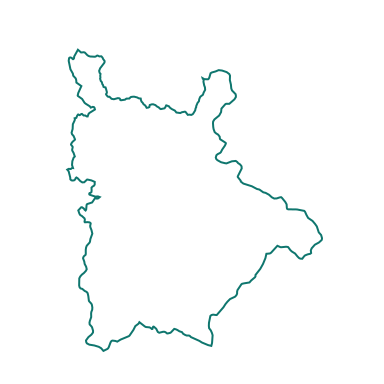 outline of Quang Binh, Hà Giang, Vietnam, rotated 173°
{"feature_id": "81297802B33189914091729", "entity_name": "Quang Binh", "entity_type": "district", "adm_level": 2, "iso_a3": "VNM", "parent_name": "Vietnam", "parent_adm1": "Hà Giang", "projection": "robinson", "projection_center": [104.681, 22.384], "detail": "fine", "context": "isolated", "style": "outline", "palette": "teal", "viewbox_px": 384, "rotation_deg": 173, "n_neighbors": 0, "source": "geoboundaries", "source_scale": "gbopen_adm2", "svg_char_len": 6031}
<svg xmlns="http://www.w3.org/2000/svg" viewBox="0 0 384 384"><g transform="rotate(173 192 192)"><path d="M314.8,54.6L312.5,53.0L307.7,51.6L303.4,49.7L301.2,48.0L299.3,45.1L295.2,46.5L294.4,47.0L293.6,48.0L291.1,52.8L290.0,54.0L289.0,54.2L286.2,53.5L284.4,52.6L280.9,54.2L272.3,56.6L271.5,57.1L267.0,62.2L264.6,65.8L261.0,67.9L260.1,69.2L255.1,64.2L254.2,63.6L250.6,62.8L249.4,61.9L248.6,60.9L248.0,60.9L247.0,63.0L246.7,63.1L246.2,62.9L244.2,60.6L243.0,57.3L241.7,56.3L237.7,56.8L236.3,56.6L235.3,56.0L233.9,54.6L232.8,54.6L230.6,54.9L229.9,55.3L226.3,58.3L224.8,57.7L223.3,56.8L221.5,55.3L219.0,54.1L218.1,52.4L216.3,51.0L214.8,50.2L212.5,49.9L211.8,49.5L210.7,48.1L202.8,43.3L200.5,41.4L194.7,38.1L191.6,36.9L190.5,39.7L189.0,47.3L189.4,49.7L190.2,52.3L191.6,54.7L191.6,57.0L191.1,60.1L188.9,66.7L187.7,67.5L186.0,67.7L182.9,66.9L182.4,66.9L174.8,73.8L172.4,76.7L170.2,78.8L167.3,81.1L162.1,82.8L161.1,83.6L160.1,84.7L159.6,85.8L159.4,87.5L158.8,89.1L154.3,94.3L153.5,94.8L151.3,95.0L146.0,95.2L144.0,97.0L139.9,99.7L139.3,100.5L139.1,101.9L133.6,107.4L130.3,111.9L127.2,117.4L125.7,121.6L122.2,121.5L120.9,122.1L113.8,128.2L111.0,126.5L110.0,126.3L105.4,126.2L104.4,126.0L103.3,125.6L101.5,122.4L100.2,120.8L97.2,118.4L95.2,115.2L93.8,113.4L92.7,112.7L90.7,112.3L88.7,114.4L87.5,115.3L84.8,116.0L82.1,116.3L81.2,116.9L81.2,119.5L80.1,121.5L76.5,124.7L72.2,126.4L69.2,128.5L68.7,129.6L68.6,130.5L69.1,133.6L71.1,136.5L72.3,142.6L73.8,145.4L75.9,148.6L79.9,152.1L81.2,155.3L82.2,158.6L82.9,159.6L90.0,161.9L98.7,163.1L99.7,163.8L99.8,164.9L99.6,168.2L100.6,170.7L103.5,175.3L104.2,176.0L105.8,175.9L108.7,175.3L111.2,175.5L113.4,177.0L115.9,179.9L119.1,182.2L121.3,183.0L124.8,186.2L127.2,187.1L131.9,190.4L140.0,194.1L142.3,196.4L142.3,197.3L144.7,201.2L144.7,201.9L139.8,209.3L139.7,211.4L140.0,212.1L141.1,213.7L142.7,215.0L143.4,216.2L144.8,217.5L148.7,217.6L154.3,216.2L155.8,216.6L159.5,218.0L162.9,220.5L163.9,221.8L164.2,223.3L163.3,225.5L162.0,226.4L159.3,227.4L158.5,228.0L156.9,230.4L153.7,234.0L152.5,235.9L152.5,236.5L153.4,237.4L157.6,240.9L157.8,241.8L157.8,243.6L159.1,245.8L160.9,247.2L162.2,248.7L162.9,251.8L163.0,253.9L162.8,257.7L162.4,259.4L160.9,261.3L155.7,264.6L153.4,267.8L152.6,271.2L148.2,275.1L147.3,275.4L144.2,275.0L138.6,278.8L136.9,280.9L136.7,282.3L136.8,283.8L139.9,287.9L140.4,290.0L140.3,294.0L140.8,298.5L140.1,302.8L140.6,304.5L143.0,306.8L147.4,308.9L150.7,309.7L153.9,308.8L157.8,308.2L159.1,307.6L160.9,303.4L161.7,302.3L162.4,301.9L166.0,302.5L167.6,303.7L167.5,303.1L166.7,302.1L167.2,300.0L166.9,296.3L166.4,294.3L166.5,291.8L168.3,289.3L169.3,287.2L171.7,285.8L172.4,285.2L173.5,283.2L174.1,281.2L175.6,279.8L176.8,277.7L177.4,276.6L177.5,275.7L178.3,274.5L178.9,272.6L181.3,269.6L181.9,269.1L183.3,268.6L185.2,269.1L186.8,269.1L188.6,272.2L189.2,272.6L192.3,272.4L194.0,271.8L197.8,272.8L199.1,274.9L202.1,276.9L203.8,278.6L204.4,279.8L206.8,281.1L207.1,281.1L208.2,279.3L209.1,278.4L212.8,278.1L213.5,278.5L214.8,280.1L216.3,281.1L217.7,282.7L219.9,283.8L221.2,283.9L223.3,283.5L224.0,281.5L225.3,281.1L226.8,281.1L227.5,282.9L228.2,283.9L229.4,285.0L230.1,286.6L231.1,287.9L231.5,289.7L231.5,291.0L233.5,291.5L234.8,292.5L237.9,293.7L240.1,293.8L241.4,293.6L242.8,292.4L245.7,292.7L247.3,291.8L251.3,291.7L251.9,292.0L252.0,292.9L252.5,293.7L252.9,293.9L254.2,294.2L258.2,293.6L260.5,294.3L262.3,296.6L263.5,296.7L264.1,297.1L265.3,299.1L265.4,299.6L264.5,300.7L264.3,301.5L264.9,305.6L265.1,306.4L266.1,306.6L267.0,307.1L267.3,309.1L267.8,309.7L268.1,312.0L269.0,313.3L269.4,315.7L269.0,316.5L268.9,318.8L268.4,320.4L269.2,321.6L269.4,323.5L268.1,326.0L263.4,330.8L262.9,331.7L262.8,332.7L264.1,335.0L264.4,336.2L265.4,337.7L267.5,337.9L269.0,338.9L269.7,338.9L271.1,338.2L271.9,338.1L276.5,338.9L278.1,339.6L279.3,340.7L281.3,343.4L282.3,343.9L285.1,344.0L287.9,347.1L292.4,340.9L292.8,339.2L293.5,338.4L293.9,338.3L294.4,338.7L294.7,339.4L296.0,340.3L297.1,340.3L297.7,339.8L298.4,337.2L297.7,328.6L295.8,324.0L295.7,321.9L293.7,319.1L293.4,318.2L293.3,316.8L293.4,314.7L288.9,310.6L292.8,304.2L293.7,301.7L293.6,301.3L289.7,297.7L287.8,293.7L286.9,292.7L283.0,289.5L282.2,288.1L280.2,288.6L279.1,288.3L278.5,287.4L278.3,285.7L284.1,283.0L285.1,282.2L286.4,279.7L287.4,279.9L288.5,280.9L290.3,281.2L291.7,282.9L292.3,282.9L294.0,282.0L294.4,282.0L295.4,282.8L295.7,282.8L296.7,281.7L297.8,279.7L299.5,279.5L299.4,278.3L299.8,277.3L302.0,273.8L302.8,269.1L304.3,265.5L304.0,263.9L302.7,262.0L301.7,258.5L301.9,258.1L304.4,256.4L305.8,254.9L306.3,253.9L306.2,253.5L305.0,251.6L305.0,250.9L305.8,248.6L305.8,247.7L304.8,245.3L304.0,241.5L305.3,240.5L307.0,237.2L307.8,233.4L307.2,230.3L308.0,230.5L309.5,229.6L311.6,230.0L313.1,229.4L311.9,227.6L311.1,221.3L311.2,219.4L310.4,218.4L309.6,218.0L307.8,217.9L306.4,218.7L305.9,219.8L305.0,220.5L303.9,219.7L301.5,216.4L299.7,214.9L297.8,214.8L294.7,217.1L294.2,217.1L290.5,215.8L287.3,213.9L287.7,211.2L288.5,210.2L290.1,209.5L291.2,208.6L291.5,205.4L291.9,204.1L292.9,203.5L293.8,203.4L294.2,202.8L294.2,202.1L293.6,201.6L288.5,199.2L285.9,199.1L284.2,198.2L285.9,197.1L287.1,197.0L289.1,197.6L292.4,193.8L297.5,192.8L298.2,192.0L299.2,187.4L299.9,186.6L300.8,187.5L301.3,188.7L303.1,190.3L303.9,190.3L307.1,187.6L306.4,184.2L305.7,182.7L304.3,181.7L301.9,178.9L301.7,177.7L302.3,175.5L302.0,175.0L299.2,174.8L297.3,174.3L296.5,173.5L296.4,173.0L297.2,170.8L297.2,169.5L296.4,166.4L296.0,162.8L298.6,157.7L299.3,155.2L299.8,154.3L303.0,151.5L303.9,149.8L304.5,147.6L305.0,143.4L305.4,142.5L306.9,141.6L307.9,140.4L308.2,139.4L307.4,136.1L307.3,133.7L306.2,130.8L305.9,128.2L306.9,126.7L309.1,124.8L311.4,123.4L313.2,121.8L314.4,120.0L315.4,113.0L315.2,111.2L314.4,109.9L312.7,109.2L310.6,106.9L308.8,105.7L308.2,104.8L307.9,104.3L307.6,101.3L307.6,96.6L307.3,95.9L305.5,93.4L305.1,92.1L305.0,89.4L305.4,87.3L306.5,85.3L306.9,83.9L307.3,80.1L309.1,76.5L309.7,74.7L309.7,73.0L308.2,70.9L307.7,69.9L307.1,66.3L307.4,64.6L309.2,62.7L312.5,60.6L315.3,57.6L315.3,56.0L314.8,54.6Z" fill="none" stroke="#0f766e" stroke-width="2"/></g></svg>